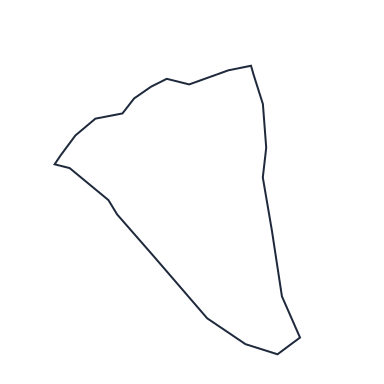 the district of Höganäs, Skåne, Sweden, rotated 194°
{"feature_id": "70781695B23199884308581", "entity_name": "Höganäs", "entity_type": "district", "adm_level": 2, "iso_a3": "SWE", "parent_name": "Sweden", "parent_adm1": "Skåne", "projection": "albers", "projection_center": [12.637, 56.23], "detail": "fine", "context": "isolated", "style": "outline", "palette": "slate", "viewbox_px": 384, "rotation_deg": 194, "n_neighbors": 0, "source": "geoboundaries", "source_scale": "gbopen_adm2", "svg_char_len": 471}
<svg xmlns="http://www.w3.org/2000/svg" viewBox="0 0 384 384"><g transform="rotate(194 192 192)"><path d="M332.0,185.6L316.5,185.6L271.1,163.9L259.2,152.1L213.8,120.5L146.7,73.1L103.3,57.3L69.8,55.2L52.0,76.9L79.5,112.5L105.1,173.8L126.8,223.2L130.7,252.9L144.5,294.5L160.3,320.2L165.3,328.8L186.1,318.9L220.8,295.7L243.9,295.7L257.3,284.2L270.8,268.8L278.5,251.4L303.5,239.8L318.8,218.7L328.4,195.6L332.0,185.6Z" fill="none" stroke="#1e293b" stroke-width="2"/></g></svg>